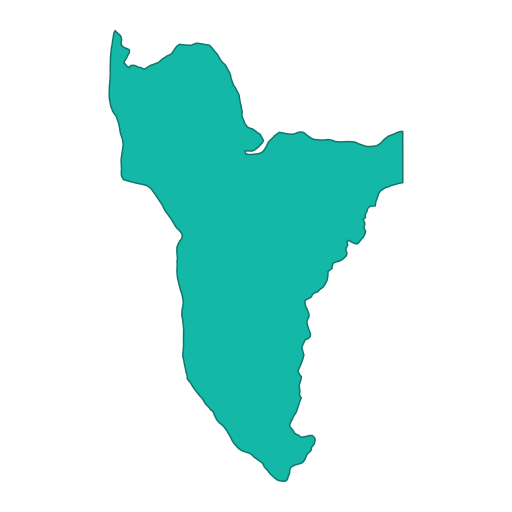 outline of Nova Ipixuna, Pará, Brazil
{"feature_id": "56859067B5026281924573", "entity_name": "Nova Ipixuna", "entity_type": "district", "adm_level": 2, "iso_a3": "BRA", "parent_name": "Brazil", "parent_adm1": "Pará", "projection": "mercator", "projection_center": [-49.227, -5.013], "detail": "fine", "context": "isolated", "style": "filled", "palette": "teal", "viewbox_px": 512, "rotation_deg": 0, "n_neighbors": 0, "source": "geoboundaries", "source_scale": "gbopen_adm2", "svg_char_len": 4834}
<svg xmlns="http://www.w3.org/2000/svg" viewBox="0 0 512 512"><path d="M187.3,378.8L188.5,380.5L190.9,383.4L192.3,385.9L195.9,391.0L199.6,395.7L201.7,397.8L203.1,399.7L204.4,402.2L205.7,404.0L209.4,408.0L211.0,410.1L212.8,411.3L213.9,413.6L214.7,415.7L215.7,417.6L216.5,419.5L219.2,422.7L221.4,424.4L223.2,425.9L224.8,428.0L227.0,431.0L228.0,432.9L229.8,435.8L231.1,438.5L232.3,440.7L234.0,443.4L237.8,447.7L239.5,449.1L241.6,450.5L244.1,451.5L249.9,453.4L252.2,455.1L254.1,457.1L256.1,458.5L258.1,459.9L260.0,461.3L262.0,462.7L263.3,464.7L264.2,466.6L266.0,468.8L267.6,470.4L269.2,472.6L270.7,474.4L274.9,478.1L277.0,479.8L279.4,480.7L284.6,481.3L286.6,480.4L287.6,478.6L288.2,476.4L289.3,474.2L289.7,471.6L290.0,469.0L291.2,467.0L295.1,465.0L298.2,464.1L300.4,463.5L302.6,462.5L303.9,461.0L305.3,458.7L306.1,456.5L307.0,454.4L308.5,452.9L310.0,451.6L311.3,449.9L311.5,447.5L314.3,443.8L314.9,441.4L315.1,439.3L314.3,437.3L312.1,435.5L309.2,435.6L306.3,436.4L301.0,437.3L298.9,435.4L296.0,434.2L294.4,432.9L293.4,431.0L291.8,428.8L290.1,427.1L289.6,424.9L290.9,421.8L292.4,419.2L293.1,417.1L294.6,414.7L295.9,412.8L296.9,410.4L298.9,404.0L300.2,400.3L301.3,398.0L299.8,395.7L299.4,393.6L300.0,391.4L299.5,389.3L299.3,384.6L300.8,380.1L301.4,376.7L299.3,374.1L298.0,371.2L299.0,368.4L300.4,365.7L301.3,363.2L302.1,361.2L303.1,358.1L303.9,355.0L302.3,349.6L301.8,347.2L302.6,345.3L305.2,339.8L308.4,338.5L310.3,336.3L310.5,333.8L308.8,329.5L307.6,325.6L306.8,322.1L307.5,319.7L309.0,316.6L308.9,313.9L307.0,308.9L305.7,306.3L305.0,303.2L305.0,300.6L306.9,299.3L309.3,298.2L311.4,296.9L312.6,294.2L314.8,292.7L317.7,291.8L319.6,289.7L323.1,287.1L325.1,284.1L326.7,281.2L327.7,277.5L328.0,274.1L328.0,271.6L329.8,270.1L331.9,268.5L332.2,266.0L333.1,263.2L335.8,262.0L339.2,261.2L342.4,259.5L344.6,257.5L346.5,255.6L346.9,252.6L345.7,249.9L346.6,247.2L347.8,244.9L346.9,241.9L349.1,240.2L350.9,241.8L355.1,243.7L357.8,243.7L363.2,237.1L364.8,234.3L365.7,231.4L363.9,227.8L364.7,225.1L364.7,222.8L363.1,219.5L365.5,217.4L365.2,214.6L366.8,211.7L367.6,208.8L369.0,206.9L371.0,206.1L375.3,205.8L375.8,201.7L376.9,199.0L378.5,194.1L380.2,191.1L383.2,189.1L385.6,187.6L388.9,186.7L391.4,185.4L395.9,184.3L398.6,183.4L402.8,182.6L402.7,131.5L400.4,131.5L397.7,132.3L395.2,133.5L388.2,136.3L384.2,139.4L380.7,143.2L379.0,144.4L376.6,145.7L374.6,146.1L370.5,146.5L366.8,146.5L363.6,145.5L358.3,143.7L355.3,142.2L352.1,141.7L346.2,141.6L343.1,141.9L339.1,141.9L334.7,141.4L332.2,140.2L328.8,139.7L326.2,139.7L323.5,140.1L318.8,139.9L314.8,139.5L312.3,138.8L306.8,135.2L304.7,133.2L303.0,132.2L300.6,132.0L298.0,132.4L294.2,134.0L291.4,134.3L287.3,133.8L279.4,132.3L274.7,135.6L272.9,137.7L270.9,139.6L268.9,141.5L267.7,143.5L266.3,146.6L263.9,150.4L261.5,152.6L258.8,153.6L251.9,154.5L248.6,154.5L245.6,153.7L245.0,151.0L248.2,150.9L252.0,151.1L254.8,149.8L256.4,148.6L258.3,147.1L262.6,142.5L263.4,140.4L260.3,134.5L256.6,132.0L254.8,130.5L252.5,128.9L250.2,128.3L247.5,127.1L245.0,123.8L243.3,119.3L242.1,116.6L241.9,114.4L242.2,111.6L241.3,107.8L241.1,105.5L240.4,103.5L238.9,94.6L237.5,92.0L235.2,87.5L233.5,85.1L231.0,78.1L230.5,75.2L229.6,72.6L228.2,70.3L226.5,67.0L225.2,64.8L222.9,62.8L220.9,60.5L217.2,54.1L215.6,52.4L212.9,49.0L209.7,45.3L199.5,43.5L196.8,43.2L194.6,43.8L191.1,45.3L187.8,45.2L183.1,44.8L179.6,44.3L177.2,46.0L175.8,47.5L171.9,53.3L170.2,54.6L166.5,56.2L165.0,57.5L162.4,58.9L159.5,61.7L157.3,63.0L154.7,63.8L152.8,64.7L150.6,65.3L144.6,69.1L142.6,68.6L140.7,67.5L138.2,67.2L136.1,66.0L133.8,65.3L130.7,65.5L129.4,67.6L127.0,66.3L125.6,64.4L124.0,63.0L124.6,61.0L126.7,57.8L127.5,55.7L129.4,52.6L129.4,49.9L127.1,48.6L124.9,47.9L122.8,46.7L121.2,44.5L121.2,42.3L121.6,39.9L121.2,37.3L120.3,35.4L118.7,34.1L115.1,30.7L114.0,32.7L113.4,35.8L113.0,38.8L112.5,41.4L112.1,44.8L111.4,48.3L110.5,56.9L110.2,69.6L110.3,72.9L110.0,80.3L109.4,86.2L109.2,95.8L109.4,98.7L110.2,103.3L110.9,106.6L112.7,111.2L114.4,114.0L116.0,115.9L116.8,118.0L118.7,123.5L119.3,126.4L119.9,130.0L120.4,133.2L122.4,139.1L122.9,142.1L123.2,145.0L121.2,158.7L121.1,160.9L121.5,168.6L121.3,173.9L121.6,176.3L123.5,179.6L126.0,180.4L135.3,182.9L142.8,184.5L146.4,185.4L148.8,186.9L151.1,188.7L154.0,192.8L156.5,196.3L162.0,204.6L164.9,210.4L170.4,217.9L171.9,220.2L175.4,226.1L176.5,227.8L178.6,229.7L180.6,232.0L182.4,234.6L181.8,238.4L179.9,240.9L178.5,243.2L176.9,247.4L176.9,252.7L177.2,255.2L177.4,258.9L177.0,262.1L177.2,264.8L176.9,270.9L177.1,273.9L177.6,278.6L178.2,280.5L179.1,284.6L180.9,291.4L181.9,293.8L183.1,300.0L183.3,302.5L182.9,305.8L182.1,309.8L181.9,312.2L181.8,315.4L182.4,318.0L182.9,321.7L183.7,329.3L183.6,331.5L183.5,338.5L183.5,341.4L183.6,344.2L183.3,350.0L182.9,352.6L182.9,357.1L183.8,360.4L184.5,364.6L185.1,367.2L185.9,371.1L186.4,373.2L187.1,375.3L187.3,378.8Z" fill="#14b8a6" stroke="#0f766e" stroke-width="1.5"/></svg>